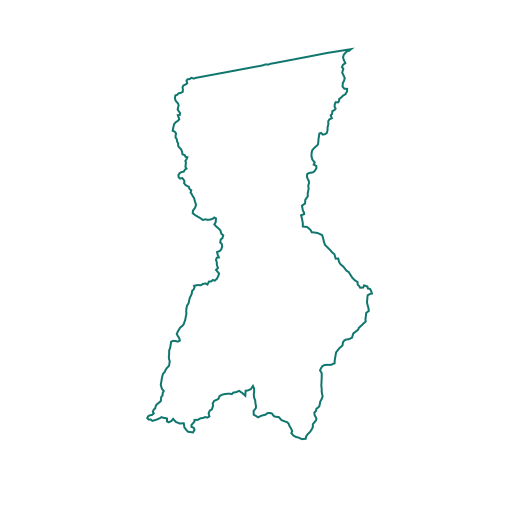 the district of Pau D'Arco, Pará, Brazil, rotated 253°
{"feature_id": "56859067B52334370836521", "entity_name": "Pau D'Arco", "entity_type": "district", "adm_level": 2, "iso_a3": "BRA", "parent_name": "Brazil", "parent_adm1": "Pará", "projection": "orthographic", "projection_center": [-50.157, -7.725], "detail": "fine", "context": "isolated", "style": "outline", "palette": "teal", "viewbox_px": 512, "rotation_deg": 253, "n_neighbors": 0, "source": "geoboundaries", "source_scale": "gbopen_adm2", "svg_char_len": 5711}
<svg xmlns="http://www.w3.org/2000/svg" viewBox="0 0 512 512"><g transform="rotate(253 256 256)"><path d="M66.7,250.1L68.9,251.3L70.4,253.2L72.1,256.4L73.5,258.1L75.5,260.2L78.5,261.2L80.0,263.3L81.1,265.2L82.7,266.2L84.7,266.0L86.4,265.5L89.2,266.0L90.4,268.1L92.3,269.1L92.9,271.0L93.8,272.6L95.3,273.5L98.0,274.9L100.3,277.2L102.4,278.7L104.9,278.9L107.4,279.2L109.3,279.9L113.1,280.6L116.6,281.9L118.4,282.5L121.1,283.5L125.0,284.6L127.9,283.8L129.5,285.2L131.2,287.1L131.7,289.6L131.1,292.3L130.0,295.6L130.4,299.8L133.1,300.7L140.4,304.4L141.8,306.4L143.4,308.6L145.2,312.6L148.0,313.9L149.3,315.6L149.8,317.5L149.3,320.3L149.8,323.9L153.5,326.4L154.6,329.4L155.7,332.2L157.2,333.3L158.1,335.2L158.9,336.9L160.2,339.3L161.2,341.7L163.6,342.2L165.5,343.1L167.3,343.9L169.3,344.7L170.5,347.8L173.3,348.3L176.9,348.4L179.6,348.6L181.6,349.6L183.6,350.3L185.8,351.3L186.4,354.1L186.2,355.9L188.8,355.9L191.2,355.4L192.2,353.5L194.3,353.6L196.3,350.8L194.5,349.3L195.2,346.3L197.0,345.9L198.9,344.9L201.5,345.5L202.9,344.2L204.4,343.1L206.9,341.8L209.9,340.9L213.5,340.0L215.5,338.2L217.2,337.6L220.4,336.4L223.4,334.4L226.0,333.7L229.5,333.9L230.2,331.4L234.8,331.5L236.9,330.0L240.0,328.7L242.0,327.6L244.1,326.5L246.5,325.2L250.2,325.1L253.5,325.4L256.8,325.3L258.3,323.5L260.0,321.6L261.5,318.5L262.4,316.2L264.8,315.8L267.3,314.4L268.9,313.2L269.6,311.5L270.5,309.4L273.9,310.4L278.6,310.9L281.8,311.0L281.9,314.2L283.7,314.6L285.7,314.1L290.7,314.7L291.9,318.3L295.2,319.5L296.5,321.1L298.0,323.0L300.7,323.7L302.8,324.9L305.3,326.1L308.0,326.5L310.0,327.9L312.2,328.5L314.1,328.0L317.0,327.9L319.4,328.9L319.9,331.3L319.5,333.5L319.4,335.4L320.5,337.4L322.4,339.5L324.5,340.0L326.5,337.9L328.3,339.5L331.7,338.1L335.2,338.2L338.3,339.3L340.7,340.7L342.3,343.3L344.3,347.6L346.4,348.8L349.5,349.9L351.8,351.1L354.6,352.4L354.7,354.2L352.6,355.3L352.3,357.7L353.0,359.7L355.2,361.1L358.2,362.1L360.8,363.7L363.8,364.5L365.2,366.1L365.6,368.8L368.7,368.6L369.5,370.2L372.2,371.4L372.6,373.7L373.6,375.2L376.1,374.8L378.0,375.7L379.8,377.1L378.9,379.4L380.0,380.8L381.8,381.4L382.7,383.9L383.8,385.8L384.6,388.9L386.8,391.2L389.2,392.0L390.1,389.4L392.7,388.3L396.0,389.6L397.8,391.4L400.2,392.9L404.0,392.4L406.1,392.0L407.8,393.1L409.7,394.3L411.5,393.4L413.4,395.0L414.3,397.8L417.8,397.3L420.6,397.3L422.9,398.9L425.2,402.6L425.0,404.9L426.0,407.4L429.3,383.9L429.6,381.3L430.6,371.4L434.9,331.7L435.6,325.9L435.4,323.8L436.2,321.9L436.5,320.0L436.3,318.1L437.1,311.3L438.4,299.8L443.9,250.9L443.9,248.3L445.3,246.3L444.6,244.3L445.0,242.2L444.0,240.8L441.3,240.7L440.6,238.9L440.3,236.4L438.9,235.1L436.3,234.7L434.3,233.8L434.0,231.6L434.2,229.5L433.2,227.8L433.1,225.8L430.8,224.6L428.1,224.5L424.5,226.1L422.6,226.0L419.0,223.9L414.8,225.2L413.2,224.3L413.5,222.4L409.2,222.6L408.1,220.9L407.5,218.6L406.0,216.2L400.2,212.9L398.8,214.5L396.5,215.4L394.7,214.3L392.8,213.7L391.0,214.4L388.7,214.0L386.5,214.4L384.0,213.8L382.3,214.3L380.7,215.3L378.8,215.7L376.7,215.7L374.7,215.4L373.4,217.3L371.5,217.6L370.5,219.2L368.7,217.7L367.5,216.2L365.6,216.3L363.7,215.3L361.8,214.6L359.9,215.1L359.4,213.3L357.8,211.5L358.0,209.2L357.6,207.2L356.0,205.4L353.8,205.1L352.2,206.1L352.2,208.2L350.3,209.0L348.4,209.5L346.9,208.5L344.8,209.2L343.3,210.3L341.9,212.0L339.6,212.0L337.8,213.3L335.8,212.0L334.1,212.6L332.2,212.9L329.5,213.7L327.7,213.6L325.3,213.6L322.4,213.6L319.8,211.7L317.9,209.0L315.4,208.0L312.8,209.8L308.5,213.8L306.0,215.7L305.9,218.3L304.7,220.4L304.2,223.1L304.2,225.4L305.0,227.3L303.6,228.7L299.9,227.2L298.5,225.4L296.4,226.3L293.3,228.2L291.0,229.4L287.4,229.4L285.3,230.7L282.8,229.0L282.2,227.2L279.4,225.7L277.7,226.8L274.9,226.4L272.5,224.7L271.4,222.9L271.2,219.9L267.9,219.7L265.5,220.1L265.8,218.0L264.1,216.6L261.5,216.7L259.1,216.0L255.6,216.1L254.4,213.7L250.0,215.6L248.1,214.2L245.7,212.0L244.5,209.3L245.7,207.7L244.8,205.8L245.3,203.5L242.9,201.2L244.5,199.8L244.8,197.0L244.2,194.6L245.3,191.7L245.6,188.1L243.8,188.0L242.1,186.4L241.4,184.8L238.2,183.2L235.3,180.4L230.4,177.6L228.8,175.6L226.1,174.1L223.5,173.1L221.2,172.6L215.6,169.6L213.3,167.9L211.9,166.9L210.6,165.1L209.9,162.8L206.9,159.4L204.6,157.4L202.5,157.8L199.7,158.6L197.3,158.4L197.0,156.2L198.2,154.2L199.1,151.9L198.8,149.7L196.7,148.8L192.7,146.7L191.2,145.4L187.2,144.1L185.2,143.2L182.7,142.7L180.5,142.7L178.4,141.7L176.5,140.8L174.8,137.8L173.6,136.4L171.9,134.9L170.5,132.6L167.5,130.7L160.5,127.2L156.5,127.2L153.8,128.3L152.1,126.6L150.1,126.0L148.8,124.1L145.0,122.5L142.9,117.3L141.5,116.0L139.8,115.1L139.0,113.3L137.2,111.8L135.3,112.2L134.4,110.0L134.7,108.0L134.2,105.9L132.8,104.6L130.9,105.6L130.5,107.4L128.6,108.7L128.6,112.3L128.7,114.3L129.0,116.6L129.5,118.5L128.3,120.2L127.5,122.0L126.5,123.4L123.8,122.5L122.5,123.9L123.0,127.0L124.5,129.1L120.8,130.8L118.1,134.1L117.2,138.0L113.0,137.4L109.8,138.6L107.8,139.6L105.7,144.2L107.8,146.4L109.9,146.3L111.5,144.3L113.3,144.9L115.5,148.6L117.2,149.3L116.3,152.6L117.0,155.3L116.6,158.2L116.8,160.3L115.7,162.3L116.2,164.5L119.4,164.7L121.7,166.6L122.2,168.9L125.4,171.2L127.7,171.5L129.7,173.7L130.0,176.5L130.4,178.4L132.6,180.0L133.3,183.0L133.0,186.5L132.2,190.1L131.0,192.5L132.0,194.3L131.6,197.5L132.0,200.4L128.9,202.9L125.5,204.9L130.2,206.7L129.8,208.8L130.2,212.2L132.6,215.1L129.8,215.4L126.9,214.6L123.9,213.3L120.8,212.8L118.1,213.0L115.3,212.4L112.3,212.1L110.4,211.2L108.5,208.4L104.8,207.4L103.5,208.8L101.1,210.8L101.7,214.4L101.5,218.8L102.4,221.1L101.7,223.8L100.4,225.4L98.5,225.8L96.9,227.0L95.3,230.7L91.6,232.4L89.6,234.9L88.1,237.0L86.4,238.1L83.2,238.4L80.7,239.1L77.9,239.4L76.3,238.0L73.5,239.2L71.2,241.3L70.1,243.4L67.4,246.4L66.7,250.1Z" fill="none" stroke="#0f766e" stroke-width="2"/></g></svg>